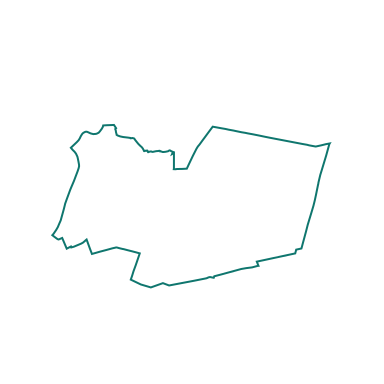 the district of U Minh Thuong, Kiên Giang, Vietnam, rotated 250°
{"feature_id": "81297802B37875930391216", "entity_name": "U Minh Thuong", "entity_type": "district", "adm_level": 2, "iso_a3": "VNM", "parent_name": "Vietnam", "parent_adm1": "Kiên Giang", "projection": "natural_earth1", "projection_center": [105.166, 9.624], "detail": "fine", "context": "isolated", "style": "outline", "palette": "teal", "viewbox_px": 384, "rotation_deg": 250, "n_neighbors": 0, "source": "geoboundaries", "source_scale": "gbopen_adm2", "svg_char_len": 3340}
<svg xmlns="http://www.w3.org/2000/svg" viewBox="0 0 384 384"><g transform="rotate(250 192 192)"><path d="M130.6,104.5L122.6,112.3L116.4,120.7L116.3,133.5L112.0,138.5L107.9,163.6L106.0,175.9L106.0,176.7L106.0,177.1L106.1,177.7L106.1,178.0L106.1,178.8L106.0,179.3L105.9,179.9L104.5,182.2L104.0,183.1L105.2,184.1L104.5,191.5L102.8,212.0L101.9,217.0L100.6,222.7L100.1,228.5L99.9,229.2L104.4,229.1L103.6,234.8L102.0,246.4L99.6,263.6L99.0,268.0L102.2,270.2L101.5,275.5L102.3,276.1L104.9,277.9L110.3,281.7L115.7,285.5L121.7,289.6L130.9,296.5L137.5,301.4L142.1,304.5L146.7,307.4L156.0,313.1L156.2,313.3L157.7,314.1L164.2,318.4L167.9,321.2L180.3,330.5L190.0,337.4L190.5,338.0L191.1,334.5L191.7,329.0L192.4,323.9L192.7,323.3L195.8,318.0L197.0,316.3L199.3,312.3L215.7,284.8L216.6,283.3L219.1,279.2L222.2,274.2L225.3,269.1L228.1,264.3L229.3,262.4L231.2,259.0L234.6,253.5L235.5,252.1L238.0,247.8L239.8,245.0L241.5,242.0L246.3,233.8L241.9,227.1L238.7,222.3L237.2,220.0L234.1,215.4L232.7,213.0L231.5,211.5L231.3,211.2L225.6,205.1L218.9,198.3L215.7,195.1L217.1,190.5L218.8,185.6L218.9,184.8L219.1,184.1L219.7,182.7L220.4,183.1L234.9,188.4L234.5,186.3L236.2,187.8L237.5,186.4L238.3,185.8L238.7,185.4L238.8,185.1L238.8,184.8L238.6,184.0L238.5,183.7L238.5,183.4L238.6,182.6L238.7,182.0L238.8,181.1L239.3,179.0L239.5,178.4L239.7,178.0L240.0,177.6L240.5,177.1L240.8,176.7L240.9,176.4L241.0,176.0L241.5,176.0L241.6,175.9L241.8,175.7L242.0,175.1L242.0,174.8L242.1,174.0L242.4,173.2L242.7,171.8L243.1,168.9L243.4,168.2L243.6,168.0L243.8,167.8L244.0,167.6L244.2,167.2L244.3,166.5L244.4,166.0L244.4,164.6L244.4,164.4L244.6,164.3L245.0,164.3L245.3,164.3L245.8,164.3L246.0,164.3L246.2,164.2L246.3,164.0L246.4,163.7L246.4,163.1L246.4,162.8L246.6,162.5L246.8,162.2L246.8,161.9L246.8,161.6L246.7,161.3L246.8,161.0L247.0,160.9L248.0,160.9L248.5,160.8L249.4,160.7L250.2,160.5L251.6,160.0L252.8,159.3L255.6,158.0L257.9,157.2L260.3,156.4L262.0,156.0L262.7,155.1L263.1,154.5L263.2,153.7L263.5,152.7L263.8,152.7L265.0,150.5L267.1,146.3L268.0,144.8L268.9,143.4L270.5,141.5L271.2,140.9L271.5,140.7L272.2,140.9L273.9,141.0L276.0,141.4L277.4,141.4L277.9,142.5L281.7,141.6L283.0,137.5L284.1,134.1L284.9,131.3L283.7,130.5L282.3,128.9L281.7,128.0L280.5,126.2L280.1,125.4L279.8,125.0L279.6,124.3L279.5,123.4L279.4,122.5L279.5,121.4L279.9,120.1L280.1,119.2L280.6,118.4L281.8,116.7L283.8,114.7L284.5,113.9L284.9,113.1L285.0,112.3L285.0,111.7L284.9,111.1L284.8,110.5L284.7,110.0L284.3,109.0L283.9,108.4L283.2,107.5L282.4,106.5L280.8,104.9L280.0,103.9L279.4,103.1L278.2,100.7L275.0,93.3L272.3,94.3L270.0,95.4L267.7,96.1L264.4,96.4L262.7,96.2L259.3,95.7L256.4,95.2L254.8,94.7L253.1,93.6L250.6,91.6L242.7,84.8L242.6,84.7L238.1,80.5L235.7,78.3L228.6,72.3L224.4,68.8L222.7,67.7L220.8,66.4L219.9,65.8L210.2,58.9L207.7,56.5L204.9,53.9L202.8,51.4L200.0,47.5L199.2,46.0L197.7,46.9L196.0,48.0L193.9,49.4L193.5,49.8L193.3,50.0L193.1,50.2L193.0,50.5L193.2,54.3L185.3,54.7L183.5,54.8L181.6,54.9L182.2,59.6L181.2,59.6L181.0,62.3L181.4,70.2L181.7,72.2L182.7,74.9L183.0,75.5L183.4,76.7L178.7,76.7L173.4,76.7L168.0,76.8L167.4,85.2L166.8,91.7L166.3,98.0L166.0,100.3L165.9,101.3L165.8,101.9L165.5,102.5L164.2,104.3L162.2,107.3L161.7,108.2L159.2,111.8L156.7,115.5L154.2,119.1L152.2,121.9L151.8,121.6L142.6,114.2L137.5,109.9L133.4,106.8L130.6,104.5Z" fill="none" stroke="#0f766e" stroke-width="2"/></g></svg>